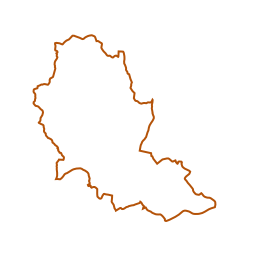 Cao Phong, Hòa Bình, Vietnam (Albers equal-area conic projection), rotated 190°
{"feature_id": "81297802B52142956360096", "entity_name": "Cao Phong", "entity_type": "district", "adm_level": 2, "iso_a3": "VNM", "parent_name": "Vietnam", "parent_adm1": "Hòa Bình", "projection": "albers", "projection_center": [105.324, 20.689], "detail": "fine", "context": "isolated", "style": "outline", "palette": "amber", "viewbox_px": 256, "rotation_deg": 190, "n_neighbors": 0, "source": "geoboundaries", "source_scale": "gbopen_adm2", "svg_char_len": 5802}
<svg xmlns="http://www.w3.org/2000/svg" viewBox="0 0 256 256"><g transform="rotate(190 128 128)"><path d="M99.2,51.2L97.5,52.4L96.8,52.8L96.7,52.8L95.4,51.2L94.7,50.6L93.7,50.2L91.0,49.6L89.6,48.8L89.0,48.6L86.0,47.9L84.9,47.9L83.1,48.1L81.3,48.5L80.8,48.4L80.1,48.1L79.1,47.5L77.9,46.6L75.9,44.8L75.6,43.5L75.2,43.1L74.8,43.0L74.1,43.1L72.7,43.9L71.1,44.9L66.0,48.7L62.8,51.6L59.7,55.3L59.0,55.9L58.0,56.4L56.9,56.6L56.1,56.6L53.6,56.4L52.2,56.0L50.2,55.2L49.0,54.9L47.9,54.9L46.3,55.1L43.9,55.6L42.7,56.0L40.1,57.2L39.0,58.0L37.8,58.9L34.2,62.0L32.0,63.4L28.7,65.1L28.6,67.7L29.2,70.1L29.7,70.8L30.9,71.6L34.3,73.2L35.6,73.5L37.5,73.2L38.9,73.3L40.5,73.6L41.7,74.2L43.7,76.0L44.5,76.5L46.2,74.7L46.8,74.5L48.8,74.5L49.5,74.6L50.4,75.0L51.1,75.7L51.8,76.1L53.0,77.6L53.3,78.7L53.7,79.4L57.2,82.5L59.6,84.4L61.1,86.0L62.8,87.3L63.2,87.8L63.3,88.4L62.8,89.6L62.3,90.4L59.7,93.4L59.3,94.9L59.2,95.8L60.2,96.5L65.2,97.9L66.7,98.7L67.7,99.4L68.1,100.0L69.1,102.0L68.9,103.1L69.2,103.8L69.6,104.1L71.9,103.9L72.5,103.5L72.7,103.1L72.8,102.7L72.8,101.7L73.1,101.4L73.4,101.5L74.7,102.6L75.7,104.3L75.9,104.2L77.9,102.8L78.3,102.7L78.9,102.8L82.0,104.7L83.0,105.0L84.3,104.8L88.6,103.0L93.1,97.9L97.7,102.1L99.1,104.3L100.1,104.5L100.9,107.2L112.5,107.7L112.5,112.3L112.4,113.6L112.0,114.9L111.6,116.9L110.8,118.4L109.8,119.7L109.2,121.1L108.6,122.2L108.0,127.2L107.5,129.2L107.5,132.1L107.2,134.2L106.2,136.9L105.3,138.8L104.7,140.4L104.3,142.1L104.5,143.3L104.7,143.8L105.6,145.2L106.4,146.7L106.5,147.1L106.4,147.2L108.0,151.6L108.0,153.2L108.5,154.8L108.4,157.5L108.6,159.9L108.8,160.1L109.2,158.6L109.7,157.6L110.0,157.2L110.4,157.0L112.8,156.7L114.3,155.6L116.0,155.5L116.7,155.4L117.9,154.9L118.8,154.4L119.2,154.3L121.1,154.6L122.4,155.5L123.0,155.8L123.8,156.1L125.3,156.1L125.6,156.3L126.4,157.1L127.4,158.4L127.6,163.5L130.0,165.2L131.6,166.9L132.4,167.7L132.5,168.0L132.2,170.3L132.4,171.0L132.4,171.6L132.3,172.9L132.1,173.6L134.1,176.7L136.2,181.1L137.5,181.4L137.9,181.7L138.3,182.9L138.6,183.4L139.7,184.4L140.1,185.2L140.2,186.2L140.4,187.0L141.9,189.6L142.9,190.8L143.0,191.3L143.4,193.0L143.4,195.1L143.9,197.6L144.2,198.6L145.2,201.2L145.8,202.1L146.0,202.3L146.7,202.3L150.5,201.8L149.9,196.8L150.0,196.4L150.3,196.4L152.0,197.2L152.9,197.0L153.7,196.5L155.0,194.9L155.3,194.8L155.7,194.8L156.4,195.0L158.2,196.0L158.8,196.0L159.6,195.7L160.3,195.6L161.0,195.8L161.7,196.3L163.1,197.7L165.4,199.3L166.1,200.0L167.3,201.2L168.1,202.3L168.2,202.7L168.2,205.9L168.4,206.6L168.7,206.9L170.9,207.7L172.1,208.3L172.9,208.4L174.1,208.1L176.1,211.7L176.7,212.3L177.5,212.6L179.4,213.0L180.0,213.0L182.0,212.3L183.4,211.6L185.1,210.4L186.2,209.4L187.1,208.2L187.6,207.9L188.1,207.7L188.7,207.7L189.7,208.0L191.1,208.4L195.7,209.2L197.2,209.5L198.5,209.3L198.8,209.1L200.6,206.3L201.5,205.0L202.9,204.0L203.7,203.5L204.8,202.3L205.9,200.8L206.8,199.2L207.0,199.0L207.8,199.0L210.0,199.5L211.1,199.5L213.3,199.4L213.8,199.1L214.4,199.0L214.5,198.4L214.3,197.7L213.9,196.9L213.6,196.0L213.4,192.6L213.2,192.1L212.8,191.7L211.8,191.6L211.3,191.4L210.9,191.1L210.7,190.7L210.6,190.2L210.8,189.8L211.5,189.1L210.9,188.3L210.7,187.9L210.8,187.3L210.6,186.2L209.9,185.6L209.8,185.3L210.2,183.7L211.2,181.5L211.4,180.6L211.5,179.8L211.4,178.6L211.3,177.7L210.6,176.4L210.6,175.3L210.2,174.7L210.0,174.3L209.9,173.8L210.7,165.4L210.9,165.1L211.7,164.4L213.2,163.2L213.5,161.7L213.2,160.4L213.1,159.8L213.2,159.1L213.8,157.6L214.4,156.7L217.6,156.8L218.5,156.6L220.0,155.8L220.7,155.8L221.1,155.6L222.2,154.7L223.8,153.7L224.2,153.5L224.1,151.8L224.2,151.4L227.0,150.0L227.2,149.8L227.4,149.5L227.4,147.8L227.3,147.5L226.9,146.7L225.6,145.7L225.2,145.2L224.9,144.0L224.8,142.9L224.3,141.4L224.5,140.6L224.5,140.0L224.4,139.2L224.4,138.5L225.4,137.0L225.2,135.9L225.2,135.7L223.8,134.5L222.9,133.8L220.7,133.7L220.1,133.5L219.3,133.0L217.1,131.3L216.2,130.9L215.2,130.3L214.5,128.9L214.4,128.2L214.6,125.8L215.8,122.8L215.8,122.2L215.6,120.6L215.6,120.0L215.8,119.4L216.8,117.8L216.7,117.6L214.3,116.8L212.8,116.5L212.1,116.2L211.7,115.9L211.4,115.2L211.2,114.2L210.4,112.7L210.3,112.0L210.3,111.0L210.1,110.1L209.8,109.6L209.3,109.1L208.1,108.3L208.0,108.1L207.8,107.0L207.2,106.1L206.6,105.6L205.9,105.2L205.3,104.5L204.8,104.2L203.9,104.2L201.8,103.5L200.9,102.9L200.1,101.7L200.0,101.0L199.8,100.6L197.9,99.6L197.0,98.7L194.6,97.5L193.7,96.6L193.6,96.4L194.0,96.1L194.0,95.7L193.0,94.9L192.9,93.9L192.5,93.3L191.4,92.5L191.3,92.3L191.3,92.0L191.1,91.8L190.8,91.7L189.9,91.8L189.5,91.7L188.3,89.8L187.4,89.1L186.5,88.6L186.0,87.9L185.9,86.7L186.0,85.6L186.1,85.4L190.5,84.9L190.7,84.1L191.0,83.5L191.4,82.9L192.2,81.2L192.0,80.3L191.6,79.4L191.5,79.0L191.7,78.2L191.6,77.7L191.2,76.7L191.1,75.3L190.0,71.6L189.5,68.7L189.6,66.9L190.0,65.2L188.8,65.5L186.0,65.7L184.8,66.9L183.6,68.8L182.4,71.4L181.9,71.9L181.3,72.4L180.2,73.0L175.5,77.2L174.2,78.0L171.7,79.1L168.0,80.0L166.5,79.8L164.7,79.0L163.2,78.7L160.7,77.6L159.4,76.6L158.8,75.7L158.4,74.3L158.1,73.7L157.8,73.3L157.7,72.8L157.2,72.1L157.0,71.8L157.1,70.7L156.9,70.1L157.2,69.1L156.9,68.5L156.3,67.5L156.1,67.0L156.1,66.4L157.6,65.0L157.2,64.3L156.9,64.0L156.5,64.0L156.1,64.2L155.3,64.7L155.1,64.8L154.7,64.5L154.3,63.4L153.9,63.1L153.4,62.9L152.5,63.6L151.7,63.9L150.6,64.1L149.5,63.7L148.5,63.1L147.7,62.5L146.9,57.8L146.3,55.5L146.0,55.0L144.2,53.8L143.7,53.6L143.0,53.6L142.5,53.8L142.0,54.3L141.2,57.3L140.4,58.8L139.9,59.0L138.4,58.8L135.8,58.9L131.9,58.7L131.6,56.6L131.3,52.6L130.9,52.0L128.8,49.9L127.2,46.4L126.1,45.4L125.6,44.5L121.9,47.8L121.2,48.0L120.0,47.2L119.6,47.2L119.0,47.3L118.3,47.6L117.4,48.3L115.9,49.8L114.2,50.6L113.6,51.2L110.9,52.4L109.0,53.0L107.7,53.9L103.5,56.2L103.3,56.6L103.1,57.5L102.3,57.1L101.8,56.7L100.5,55.1L99.3,54.1L98.6,53.7L99.1,52.4L99.2,51.2Z" fill="none" stroke="#b45309" stroke-width="2"/></g></svg>